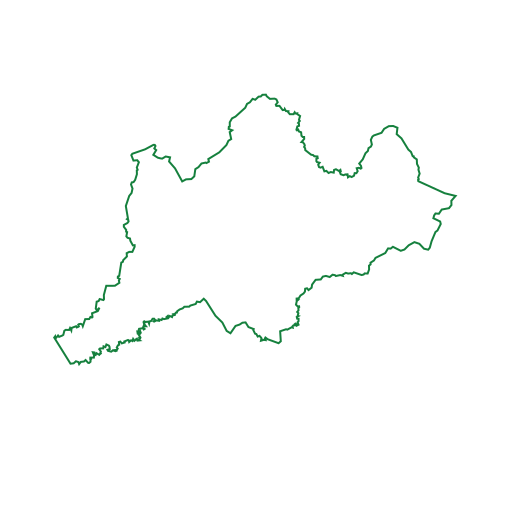 the district of Tonkpi, Dix-Huit Montagnes, Ivory Coast, rotated 25°
{"feature_id": "98640826B98350089255378", "entity_name": "Tonkpi", "entity_type": "district", "adm_level": 2, "iso_a3": "CIV", "parent_name": "Ivory Coast", "parent_adm1": "Dix-Huit Montagnes", "projection": "albers", "projection_center": [-7.715, 7.368], "detail": "fine", "context": "isolated", "style": "outline", "palette": "green", "viewbox_px": 512, "rotation_deg": 25, "n_neighbors": 0, "source": "geoboundaries", "source_scale": "gbopen_adm2", "svg_char_len": 6151}
<svg xmlns="http://www.w3.org/2000/svg" viewBox="0 0 512 512"><g transform="rotate(25 256 256)"><path d="M219.9,110.6L220.0,111.6L218.5,112.5L213.8,110.0L211.0,111.4L210.0,110.5L210.7,107.5L208.3,105.5L206.4,105.5L202.2,107.7L198.2,106.7L196.8,105.6L193.7,107.2L192.9,109.4L191.0,110.5L189.3,114.7L186.5,115.0L185.5,119.3L183.6,121.9L183.6,126.2L178.5,138.3L176.1,141.4L175.7,145.9L177.5,149.7L176.8,150.4L177.5,152.4L181.3,152.1L179.8,154.8L184.1,160.5L182.3,163.2L182.3,168.0L178.9,177.6L171.8,188.3L173.5,190.4L171.8,192.7L170.9,192.6L167.5,195.2L166.3,199.8L164.3,202.9L166.4,209.9L164.9,213.6L160.2,216.1L157.6,219.6L145.6,210.8L137.3,207.1L136.4,202.9L132.1,204.0L129.8,207.4L128.1,207.9L125.5,208.4L120.2,207.7L120.8,202.2L118.4,201.5L118.4,198.8L117.3,198.1L116.1,198.6L110.4,206.2L100.7,215.6L100.4,217.3L104.6,221.3L107.9,219.4L110.2,220.5L110.6,226.2L112.3,227.9L111.8,228.8L113.5,232.2L114.3,238.1L113.8,240.8L112.3,241.8L112.5,244.0L115.6,247.1L116.6,251.5L115.7,255.1L116.9,265.7L124.0,276.0L123.5,277.1L125.0,277.3L125.9,278.6L125.5,280.5L123.1,283.7L123.9,285.4L127.3,287.2L128.0,288.8L129.1,288.8L130.2,293.0L131.9,293.8L134.4,293.4L135.7,295.3L139.9,298.4L141.4,297.5L142.1,298.9L142.2,304.5L139.4,305.8L137.6,308.1L139.2,311.0L137.4,315.9L137.8,317.5L136.7,318.9L140.4,331.8L139.5,333.0L140.0,334.3L142.2,334.4L142.1,336.2L143.5,338.0L140.7,342.6L132.9,346.3L134.6,355.7L136.5,359.4L136.3,360.4L132.5,361.1L132.4,363.4L130.9,364.7L133.0,371.4L134.1,372.1L135.0,371.7L136.0,369.1L135.9,372.8L131.6,377.2L133.6,380.4L133.3,381.1L131.7,381.2L131.5,383.6L127.9,385.4L128.7,392.8L127.5,391.6L125.9,391.5L124.3,392.6L123.9,393.4L125.2,394.7L124.7,395.5L123.7,396.5L122.6,395.7L119.3,399.1L120.1,401.6L117.9,399.9L117.9,402.0L114.7,403.4L113.9,404.8L114.7,408.9L114.2,409.8L111.7,412.5L110.2,411.7L109.4,414.7L108.6,414.9L107.9,413.8L107.6,415.2L133.4,432.0L136.1,430.3L137.3,427.5L140.0,427.2L141.4,428.7L142.0,426.0L144.7,424.3L145.5,422.3L149.1,423.8L150.0,423.4L150.7,421.8L149.7,419.4L150.6,418.4L149.2,419.1L148.8,418.1L152.0,416.6L151.3,414.6L148.8,412.2L150.3,411.7L151.6,413.7L152.5,413.6L152.5,411.5L155.7,411.8L156.0,409.9L157.3,410.3L155.9,409.5L155.8,408.2L153.3,406.7L153.7,405.7L156.6,404.3L156.0,402.3L158.0,402.2L157.8,399.4L160.6,399.4L161.6,400.2L162.8,402.2L161.0,403.8L161.9,404.5L165.2,403.9L166.2,402.0L169.0,401.6L169.4,401.1L167.9,400.9L169.4,400.0L169.8,398.4L168.5,397.8L168.6,395.4L169.5,394.2L168.1,391.9L169.2,390.9L171.3,391.9L173.5,389.9L172.8,389.1L175.5,386.2L176.4,386.2L177.4,387.5L178.4,385.2L179.9,385.3L179.7,383.1L181.6,384.3L183.0,381.4L184.3,382.8L186.1,381.7L184.2,381.5L185.6,380.8L185.8,379.7L184.8,379.2L185.4,378.5L182.6,376.7L183.5,376.4L184.0,374.3L182.9,373.2L182.4,375.7L181.5,376.2L180.4,374.6L181.2,374.4L180.8,371.4L184.0,369.2L185.3,370.0L185.8,369.2L183.8,368.7L183.7,366.1L184.5,365.8L184.8,366.8L186.0,366.2L183.3,364.9L183.2,363.4L182.6,364.1L182.0,363.4L182.3,362.4L183.8,362.5L186.1,361.0L187.7,362.5L187.1,360.3L188.5,359.1L188.8,356.6L190.1,355.9L191.4,356.5L190.9,358.5L191.4,358.5L192.9,356.5L195.5,355.7L194.7,354.5L197.5,353.9L197.6,352.2L199.3,352.1L202.0,350.1L200.7,349.2L201.5,347.4L202.9,348.4L203.2,346.8L205.7,346.8L205.4,345.3L206.9,344.1L205.8,343.6L207.3,342.6L207.2,341.3L208.2,340.7L207.9,339.4L209.4,336.7L211.7,334.4L212.5,332.3L216.9,330.1L217.4,328.7L221.6,325.0L221.7,322.3L224.8,321.5L226.7,316.8L229.8,317.9L244.5,327.3L253.6,330.5L261.1,336.3L265.5,336.8L267.0,328.0L270.1,325.1L271.9,322.2L274.6,320.6L279.2,323.6L284.8,323.2L284.8,324.2L288.0,326.8L289.3,326.6L291.6,328.3L292.9,326.9L295.3,327.9L296.7,329.3L296.0,329.5L296.3,330.7L298.5,328.7L300.2,328.2L298.9,327.0L299.0,325.9L301.7,326.5L313.3,325.5L314.5,322.8L309.7,314.0L314.2,309.7L315.5,309.5L318.4,305.6L319.6,305.4L318.8,304.3L319.2,303.1L320.8,302.3L319.9,301.5L320.3,300.6L321.8,300.8L322.4,301.8L323.6,300.3L321.7,298.5L322.1,297.1L321.1,294.9L319.8,295.4L318.7,294.0L319.8,292.5L319.0,292.6L318.6,289.9L317.0,289.3L317.5,287.3L316.4,285.4L316.8,284.2L316.3,283.4L315.1,284.1L312.8,283.2L312.0,279.5L312.5,278.4L311.5,278.8L310.8,277.4L312.6,276.3L313.0,273.0L314.9,269.9L315.4,267.6L314.4,264.9L315.9,263.7L318.0,264.7L319.8,261.2L318.9,258.2L320.1,252.4L324.6,249.9L325.3,246.4L327.8,244.5L331.7,243.9L333.3,240.6L335.7,240.0L336.8,240.4L340.4,237.7L342.9,237.3L342.2,236.7L344.5,233.3L346.9,233.0L349.3,231.5L350.5,231.8L351.5,229.5L359.8,228.6L361.4,227.3L361.8,225.9L364.6,224.7L364.2,220.4L362.5,217.0L363.4,215.2L362.6,213.7L364.8,210.2L365.1,207.2L371.9,198.7L372.5,193.3L374.9,192.4L376.2,189.8L385.0,190.1L387.8,187.4L389.9,181.7L393.7,176.5L398.9,175.9L405.2,178.4L409.4,177.5L410.0,175.0L408.9,168.5L408.5,158.4L409.7,156.2L409.9,148.9L408.3,146.9L400.8,146.8L400.3,143.9L400.7,141.6L403.9,140.4L404.7,135.4L410.7,131.1L411.6,127.2L409.7,123.4L411.5,117.2L400.4,119.4L371.5,119.6L370.7,118.5L371.0,117.5L369.8,116.4L369.5,112.2L366.8,109.2L366.2,107.1L363.0,104.5L360.9,100.5L357.4,99.9L356.8,99.0L355.8,99.3L352.5,96.2L349.1,95.2L338.1,87.9L332.0,86.1L330.0,80.0L325.4,80.2L321.5,82.2L318.4,86.6L317.7,91.3L311.9,96.9L311.0,98.6L311.0,102.2L313.9,106.0L313.9,108.3L312.4,110.7L313.0,113.5L311.8,116.6L311.9,123.3L310.5,128.6L313.0,129.9L314.4,131.7L314.0,132.6L311.9,132.6L310.2,133.9L312.3,136.2L312.0,138.5L310.4,139.2L310.9,141.8L309.3,144.0L307.2,144.0L306.1,145.8L304.0,142.6L304.2,144.1L302.5,144.3L301.2,145.8L298.2,146.1L296.7,144.7L297.1,143.5L296.1,142.3L295.3,143.9L291.8,143.6L290.4,145.0L291.2,147.6L288.3,148.3L286.7,150.1L283.8,149.1L282.2,150.4L278.7,147.0L277.2,148.6L275.6,148.8L273.8,147.0L274.2,144.6L271.6,145.1L270.6,144.5L269.6,142.2L270.6,141.3L269.6,139.8L266.7,141.0L265.2,140.4L263.1,140.9L255.9,139.2L255.0,137.6L253.5,136.8L253.6,135.4L252.6,134.2L250.4,133.1L249.1,133.5L250.2,129.5L249.3,127.8L248.0,128.4L246.4,127.8L244.6,124.8L242.3,125.0L240.8,123.6L240.0,124.8L239.3,124.5L238.7,121.1L240.0,119.8L238.9,117.8L237.9,117.6L238.6,115.1L237.4,114.5L236.8,110.5L233.1,109.9L233.0,109.3L231.5,110.2L230.3,109.4L230.1,111.6L226.7,113.2L224.4,112.1L224.2,111.1L221.9,112.0L219.9,110.6Z" fill="none" stroke="#15803d" stroke-width="2"/></g></svg>